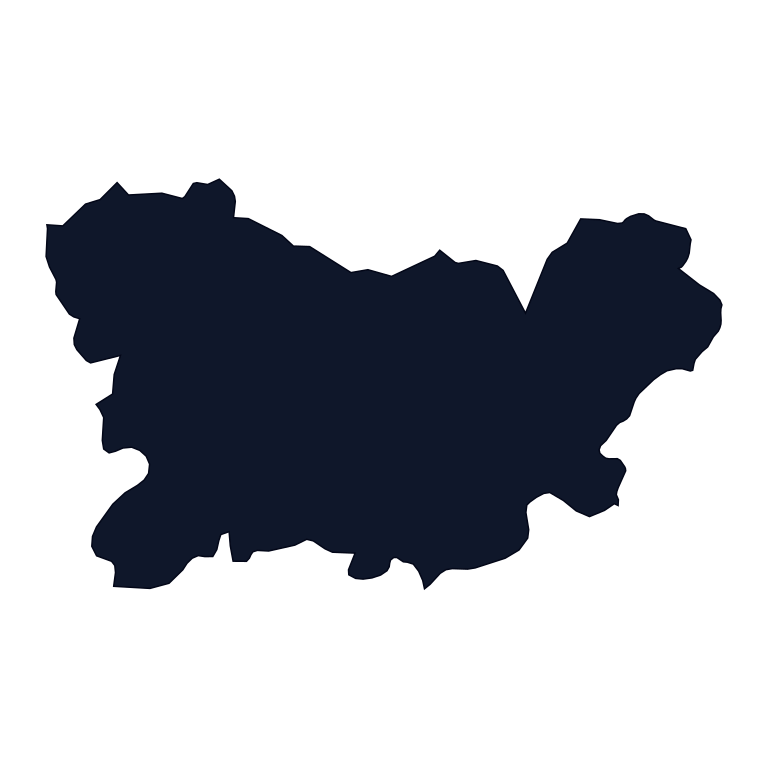 SVG path tracing the border of Orense
{"feature_id": "ESP-5838", "entity_name": "Orense", "entity_type": "Autonomous Community", "adm_level": 1, "iso_a3": "ESP", "parent_name": "Spain", "parent_adm1": "", "projection": "natural_earth1", "projection_center": [-7.513, 42.192], "detail": "fine", "context": "isolated", "style": "filled", "palette": "ink", "viewbox_px": 768, "rotation_deg": 0, "n_neighbors": 0, "source": "natural_earth", "source_scale": "10m", "svg_char_len": 2724}
<svg xmlns="http://www.w3.org/2000/svg" viewBox="0 0 768 768"><path d="M109.1,452.9L103.7,449.0L102.3,440.4L103.7,417.5L99.9,409.5L96.1,404.4L112.6,394.0L114.2,374.5L120.5,355.4L90.6,362.9L86.3,360.5L76.9,349.7L74.3,344.6L73.9,338.1L79.7,318.7L73.8,316.9L69.4,314.1L56.1,294.5L55.8,291.5L56.6,282.2L56.0,279.5L49.5,267.0L46.1,256.5L47.5,228.6L46.9,224.8L62.8,225.9L85.5,204.1L100.1,199.6L117.1,182.6L128.5,195.0L161.9,193.2L182.3,198.5L184.8,196.7L193.3,183.5L196.8,182.7L207.7,184.5L219.3,179.2L231.9,190.8L234.5,196.2L235.3,201.4L233.5,217.7L248.3,218.6L281.9,235.5L294.0,246.6L294.7,246.1L309.7,246.6L351.0,272.6L367.9,269.7L391.6,276.4L434.7,256.2L439.7,250.2L455.1,262.5L458.4,263.4L475.9,260.5L497.4,266.0L503.1,270.4L525.5,313.2L547.2,259.3L552.2,252.3L567.2,243.1L580.7,218.9L599.5,219.7L617.6,223.5L622.2,223.0L623.9,221.6L624.6,220.4L626.5,218.7L630.5,216.4L638.7,213.8L644.2,213.9L648.6,215.8L653.8,219.9L655.7,220.9L685.8,228.7L691.0,239.8L690.2,244.0L689.2,253.1L687.8,257.7L686.0,261.2L682.8,265.6L681.4,267.1L678.3,268.4L699.4,284.9L713.6,293.5L719.9,300.1L721.9,304.9L720.9,308.8L720.7,312.8L721.1,320.4L720.9,324.1L719.9,327.7L718.3,331.1L713.3,336.9L707.7,346.9L702.0,351.7L695.3,359.4L694.0,363.4L692.7,370.3L690.3,371.0L682.2,368.7L676.2,368.7L666.9,370.8L660.3,374.7L653.6,379.7L639.1,393.5L635.9,398.2L634.2,401.9L629.6,415.7L626.7,418.9L623.2,421.1L619.7,422.5L616.5,425.3L606.2,440.4L600.6,445.7L599.1,449.8L599.9,453.3L602.7,456.0L605.7,458.2L608.9,458.8L617.4,458.7L620.3,460.4L624.7,466.8L625.4,468.4L625.7,470.8L618.2,487.6L616.8,491.6L616.3,494.7L618.4,499.7L618.1,505.4L618.1,505.5L614.3,503.7L604.5,510.4L589.5,516.6L576.2,510.9L563.4,500.5L549.8,492.5L543.8,493.4L536.4,497.3L529.9,502.0L526.8,505.1L525.9,512.5L528.7,529.7L527.7,538.1L522.9,544.7L519.0,550.0L505.2,558.2L475.2,567.9L467.6,569.1L452.3,568.6L445.9,569.7L440.2,573.3L430.1,584.3L424.5,588.8L422.7,580.4L418.7,571.2L413.3,564.1L407.4,562.2L403.3,561.8L396.9,557.5L393.7,557.5L390.5,560.1L389.7,563.2L389.2,566.8L387.0,570.7L380.7,575.0L372.0,577.9L363.1,579.1L355.6,578.4L348.8,574.8L348.5,569.8L355.1,553.1L332.4,552.2L325.0,548.8L313.3,540.9L306.7,539.3L294.9,545.1L268.7,551.0L257.3,550.4L252.9,551.8L250.9,554.7L249.4,558.1L246.5,561.3L233.1,561.2L230.3,545.9L229.1,531.6L220.8,534.6L218.8,540.7L216.8,549.6L212.8,556.5L204.9,556.6L198.2,555.6L192.2,558.2L187.0,563.3L182.8,569.8L169.0,583.3L168.2,583.5L150.0,588.4L113.7,586.3L113.8,585.3L115.5,572.6L114.8,565.5L111.6,561.3L96.6,555.8L91.8,546.3L92.5,536.4L96.5,526.9L112.8,504.2L125.1,492.8L137.4,485.4L144.1,480.1L148.6,473.4L149.6,464.1L146.2,456.2L139.8,450.4L131.7,447.2L123.0,448.0L115.5,451.2L109.1,452.9Z" fill="#0f172a" stroke="#020617" stroke-width="1.5"/></svg>